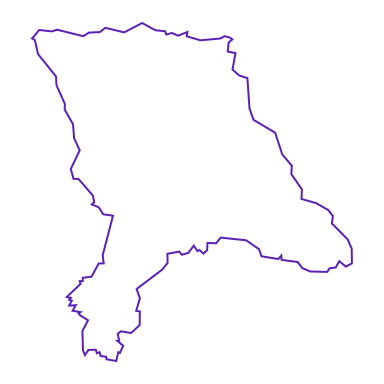 the district of Debartsa, Debarca, North Macedonia
{"feature_id": "65306769B78023528365293", "entity_name": "Debartsa", "entity_type": "district", "adm_level": 2, "iso_a3": "MKD", "parent_name": "North Macedonia", "parent_adm1": "Debarca", "projection": "natural_earth1", "projection_center": [20.818, 41.302], "detail": "fine", "context": "isolated", "style": "outline", "palette": "violet", "viewbox_px": 384, "rotation_deg": 0, "n_neighbors": 0, "source": "geoboundaries", "source_scale": "gbopen_adm2", "svg_char_len": 1652}
<svg xmlns="http://www.w3.org/2000/svg" viewBox="0 0 384 384"><path d="M32.9,37.6L32.1,38.4L34.8,40.0L38.1,54.2L56.0,76.5L56.5,85.3L64.9,104.0L64.7,109.6L73.0,124.2L74.1,138.2L79.7,150.3L70.8,169.0L73.5,178.8L78.5,179.0L92.8,195.5L94.2,202.2L91.8,204.4L98.7,207.3L103.2,214.3L113.0,215.7L102.7,255.2L103.7,263.4L98.7,263.5L91.5,276.7L82.8,277.8L82.8,281.1L79.7,281.2L80.6,283.8L66.8,297.0L70.8,297.8L69.2,299.8L71.8,300.6L69.2,305.6L75.7,305.2L72.6,310.8L80.4,312.1L78.6,313.3L80.1,315.3L88.0,320.3L82.4,331.1L83.0,350.4L84.9,355.1L88.3,350.0L95.8,349.7L96.9,353.3L99.6,352.2L100.7,356.0L106.1,356.8L106.5,359.3L116.2,361.0L118.3,352.2L119.8,353.0L123.2,345.8L117.2,340.8L119.2,340.4L117.7,333.9L120.7,331.3L131.1,333.0L139.7,325.0L139.8,311.5L136.2,310.8L139.9,298.3L136.6,289.0L162.2,269.6L167.6,262.9L167.4,253.8L179.2,251.6L181.8,254.7L188.2,253.0L193.8,245.6L197.5,251.1L199.4,250.0L203.5,253.6L207.1,250.2L207.5,242.9L216.1,243.3L220.7,237.6L246.2,240.3L259.0,249.2L261.5,256.3L278.3,259.0L281.3,255.6L281.6,259.9L297.7,262.0L302.1,268.0L310.3,271.5L327.2,271.9L329.6,268.3L335.7,267.5L339.3,261.1L345.8,266.6L351.9,263.4L351.7,248.6L347.7,239.4L331.8,223.4L332.9,216.1L328.3,210.1L316.1,203.1L301.5,199.0L301.9,189.4L291.3,174.1L291.8,165.7L282.3,154.5L275.2,132.8L253.5,119.8L249.5,108.5L247.4,78.1L239.0,75.4L232.5,69.5L235.5,53.1L227.7,51.6L228.7,42.5L232.3,39.4L229.8,37.6L224.5,36.1L220.4,38.5L200.5,40.3L186.7,36.3L187.4,32.0L178.1,35.7L172.0,33.0L166.2,34.5L165.2,31.3L155.3,30.2L142.1,23.0L124.2,32.4L105.3,27.8L99.9,32.1L89.0,32.6L83.3,36.2L57.0,29.7L51.9,31.4L39.2,30.0L32.9,37.6Z" fill="none" stroke="#5b21b6" stroke-width="2"/></svg>